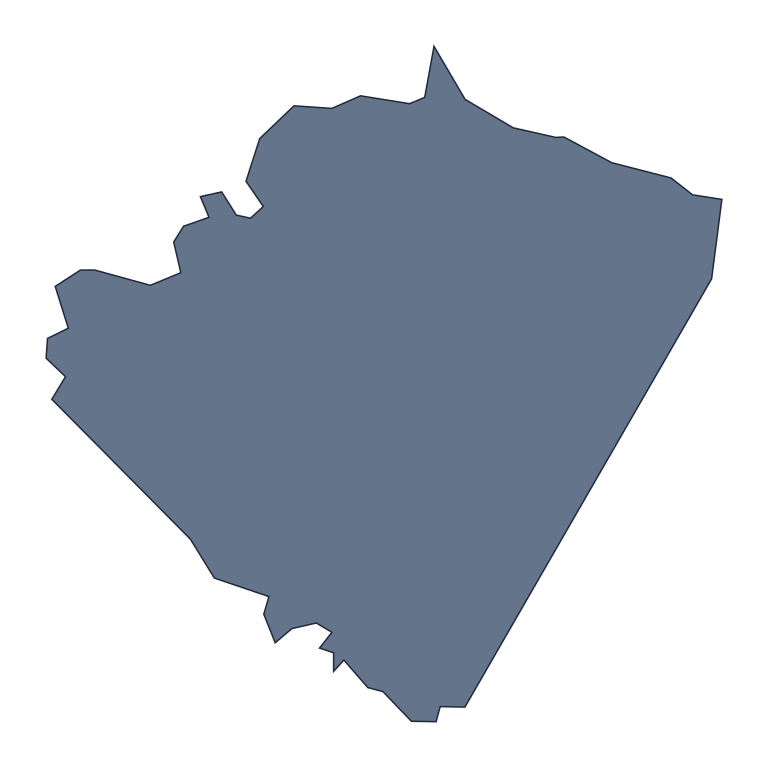 Buckingham, Virginia, United States of America
{"feature_id": "52423323B13800680110196", "entity_name": "Buckingham", "entity_type": "district", "adm_level": 2, "iso_a3": "USA", "parent_name": "United States of America", "parent_adm1": "Virginia", "projection": "orthographic", "projection_center": [-78.594, 37.563], "detail": "fine", "context": "isolated", "style": "filled", "palette": "slate", "viewbox_px": 768, "rotation_deg": 0, "n_neighbors": 0, "source": "geoboundaries", "source_scale": "gbopen_adm2", "svg_char_len": 768}
<svg xmlns="http://www.w3.org/2000/svg" viewBox="0 0 768 768"><path d="M259.7,138.6L246.0,181.3L263.3,206.5L250.5,218.2L236.3,215.1L221.7,191.9L200.4,196.6L209.0,217.3L183.6,226.2L173.7,242.0L180.8,272.7L150.3,285.3L94.6,270.0L80.4,270.1L55.2,286.4L68.3,328.2L47.5,338.4L46.1,358.2L65.5,376.7L51.8,399.3L190.4,539.2L214.4,578.1L268.9,596.6L263.8,614.2L275.2,642.8L291.9,628.6L316.3,623.0L331.9,632.3L319.5,648.1L333.6,652.8L333.6,671.4L343.9,660.1L367.8,687.6L382.9,691.6L411.4,721.3L436.1,721.7L440.2,706.6L464.9,707.1L711.6,278.9L721.9,199.4L692.5,194.8L671.1,178.0L611.7,162.7L563.9,137.0L555.6,137.4L513.2,127.8L465.1,99.4L434.0,46.3L424.7,97.4L409.5,103.7L360.5,95.8L331.9,108.4L294.0,105.8L259.7,138.6Z" fill="#64748b" stroke="#1e293b" stroke-width="1.5"/></svg>